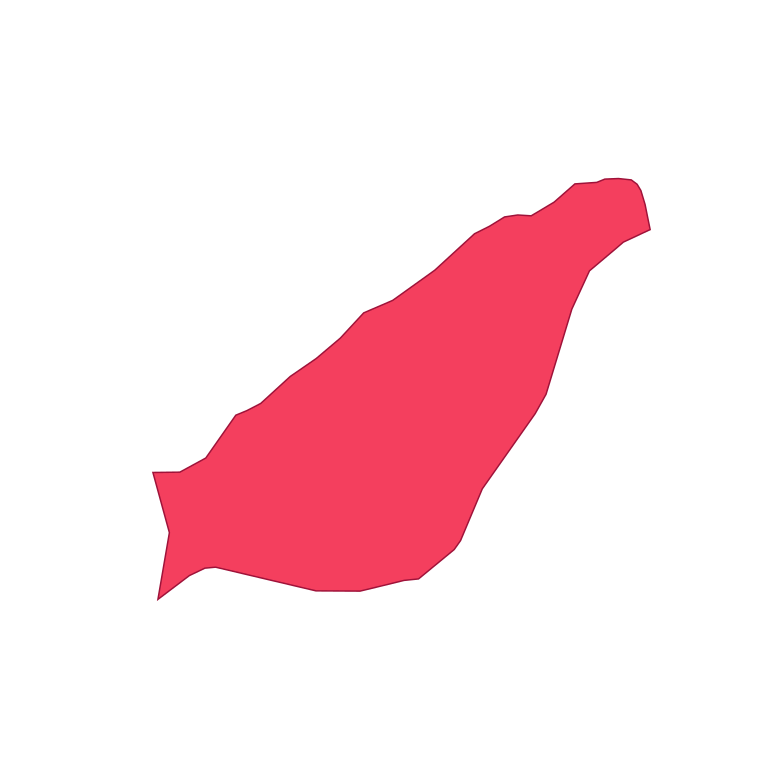 SVG path tracing the border of Bundibugyo, rotated 208°
{"feature_id": "UGA-3104", "entity_name": "Bundibugyo", "entity_type": "District", "adm_level": 1, "iso_a3": "UGA", "parent_name": "Uganda", "parent_adm1": "", "projection": "natural_earth1", "projection_center": [30.039, 0.68], "detail": "fine", "context": "isolated", "style": "filled", "palette": "rose", "viewbox_px": 768, "rotation_deg": 208, "n_neighbors": 0, "source": "natural_earth", "source_scale": "10m", "svg_char_len": 746}
<svg xmlns="http://www.w3.org/2000/svg" viewBox="0 0 768 768"><g transform="rotate(208 384 384)"><path d="M294.6,201.7L307.9,189.9L347.0,169.4L446.7,143.2L455.7,137.3L465.9,123.5L482.5,87.7L503.7,152.0L546.5,197.4L522.9,210.3L506.6,235.0L500.2,286.9L492.6,296.1L483.7,309.0L470.3,346.7L455.8,374.7L444.1,404.0L435.3,437.3L415.6,461.9L392.6,508.3L374.6,559.2L365.0,572.7L356.0,588.1L345.3,596.0L333.0,601.6L319.2,624.4L309.4,650.3L290.8,661.9L285.2,668.6L273.4,675.5L261.5,680.3L254.3,679.2L248.0,675.4L237.7,665.0L229.5,655.0L221.5,645.3L239.3,621.6L242.2,614.1L255.7,580.4L253.3,538.3L236.1,451.0L236.6,428.8L248.0,337.6L242.9,281.7L244.3,270.8L262.0,228.1L274.1,220.0L294.6,201.7Z" fill="#f43f5e" stroke="#9f1239" stroke-width="1.5"/></g></svg>